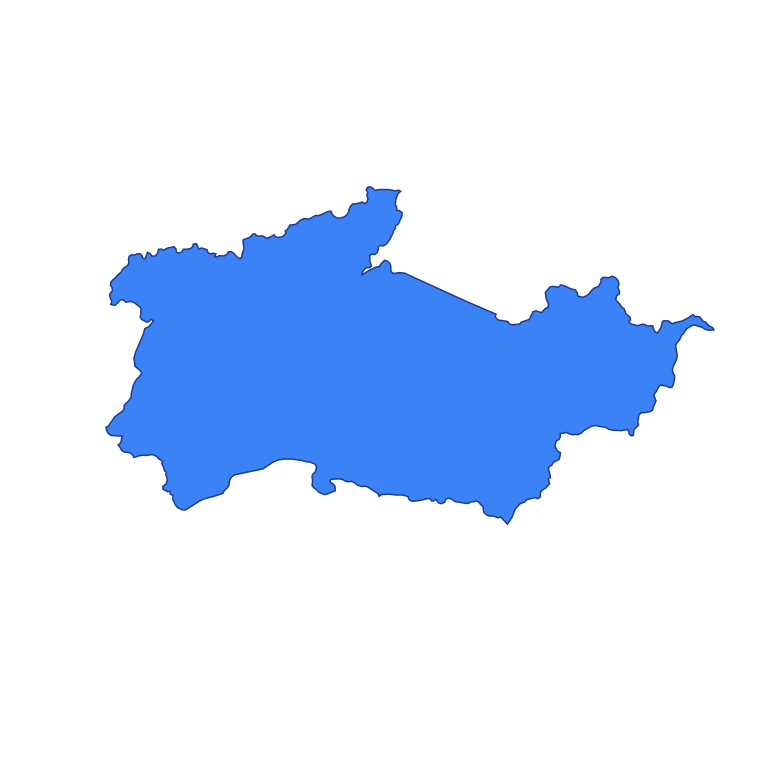 the district of Governador Valadares, Minas Gerais, Brazil, rotated 20°
{"feature_id": "56859067B87611191748041", "entity_name": "Governador Valadares", "entity_type": "district", "adm_level": 2, "iso_a3": "BRA", "parent_name": "Brazil", "parent_adm1": "Minas Gerais", "projection": "orthographic", "projection_center": [-41.948, -18.795], "detail": "fine", "context": "isolated", "style": "filled", "palette": "blue", "viewbox_px": 768, "rotation_deg": 20, "n_neighbors": 0, "source": "geoboundaries", "source_scale": "gbopen_adm2", "svg_char_len": 6159}
<svg xmlns="http://www.w3.org/2000/svg" viewBox="0 0 768 768"><g transform="rotate(20 384 384)"><path d="M184.8,532.6L190.2,529.6L195.5,529.7L197.6,531.3L202.3,532.3L202.3,534.7L204.8,537.0L207.4,540.5L209.6,541.5L209.9,543.9L211.9,545.9L213.2,548.6L213.4,552.6L211.2,555.5L212.2,558.5L217.6,559.2L219.6,557.9L220.9,560.6L223.9,560.8L225.0,564.6L229.1,568.7L232.2,570.7L237.6,571.2L240.6,570.2L251.0,556.7L254.3,553.4L263.5,547.1L269.9,541.9L270.4,538.8L272.0,535.9L272.9,532.6L271.8,526.5L272.7,523.3L274.9,520.3L299.5,505.0L306.3,495.5L310.9,491.3L316.1,488.5L322.6,486.2L332.1,484.1L338.0,483.6L340.6,482.7L346.7,482.9L349.1,485.2L349.5,490.3L347.7,493.5L348.3,496.4L349.7,498.6L351.2,504.1L353.9,505.7L356.8,506.4L359.8,508.0L365.7,508.4L368.1,506.9L374.7,501.0L372.7,496.5L369.9,495.2L367.1,495.0L366.3,492.4L368.1,491.0L375.1,488.2L378.5,488.0L381.5,488.4L384.2,488.0L386.8,486.6L389.9,486.8L393.5,488.2L398.6,487.9L400.7,486.5L403.2,486.2L415.8,489.0L417.8,491.3L419.6,488.6L426.7,485.7L432.6,484.4L439.6,481.9L445.0,481.6L446.5,483.5L448.4,484.5L451.3,484.4L457.7,481.1L464.0,476.9L466.7,476.0L468.5,477.6L470.5,477.2L472.0,474.6L476.0,477.1L478.9,476.8L481.6,474.3L481.3,471.5L483.7,469.1L487.2,469.1L490.9,470.2L502.6,468.0L504.5,466.9L506.2,464.8L508.6,464.0L510.4,462.5L513.5,462.5L516.1,464.3L518.8,465.3L521.5,470.3L524.4,471.7L527.2,472.2L533.6,470.5L536.7,470.8L539.3,469.2L547.9,473.4L549.9,465.3L550.1,456.5L552.8,450.0L556.7,446.7L557.5,444.0L564.7,439.1L567.7,439.2L569.4,437.0L568.1,431.5L569.5,428.8L571.5,426.5L573.7,421.0L570.8,416.9L572.4,415.0L571.1,412.4L567.9,408.1L567.2,405.6L569.4,403.1L569.8,399.9L574.4,394.8L574.1,392.0L573.3,388.1L570.1,387.7L565.7,383.7L565.4,378.2L567.4,376.4L567.7,373.3L566.5,370.2L569.6,368.9L572.1,367.0L575.1,367.5L578.9,367.1L581.0,365.9L583.8,365.2L586.4,362.3L587.7,359.4L592.3,354.0L593.9,352.3L596.4,350.9L607.1,348.9L610.5,349.7L615.1,349.1L623.3,346.5L627.8,343.7L630.1,344.4L631.3,347.0L633.7,348.1L635.9,347.2L634.4,340.6L636.1,338.3L637.2,335.5L635.4,332.9L634.1,325.5L635.7,322.9L638.9,321.7L643.6,318.9L645.4,316.7L645.0,313.6L645.4,306.9L641.7,302.7L641.7,300.2L642.5,297.9L643.0,292.8L644.1,290.5L650.2,289.3L652.5,289.7L655.6,288.9L656.1,286.0L655.4,280.5L654.4,277.0L651.1,273.9L650.0,271.3L649.8,269.1L650.5,260.2L649.7,256.9L644.7,247.7L645.4,244.4L646.6,241.7L646.9,236.2L648.2,234.2L649.5,228.6L653.6,223.5L656.4,222.2L663.8,222.0L667.0,222.8L670.4,222.5L675.5,220.4L673.7,218.7L669.4,218.2L665.4,215.9L662.1,215.8L658.1,213.1L655.9,213.2L653.0,214.3L650.5,213.1L647.7,217.2L642.8,222.7L636.6,226.7L634.3,228.7L632.0,228.4L630.1,227.4L625.1,228.9L624.2,231.1L624.9,233.9L624.8,236.9L623.5,242.6L621.0,242.4L618.8,240.4L616.6,237.4L611.5,239.4L608.8,238.9L606.5,239.4L602.7,242.3L595.5,243.2L592.9,242.0L593.7,239.5L592.3,237.1L587.6,235.4L584.1,231.4L581.3,230.5L578.2,228.3L572.9,225.5L572.4,221.6L574.4,218.9L573.7,216.6L570.5,212.9L570.8,210.7L570.0,208.6L567.7,206.1L564.8,204.8L561.4,204.7L559.1,207.2L553.2,208.9L552.0,211.8L553.1,213.7L552.1,219.1L548.6,222.1L547.0,225.0L546.2,228.4L544.1,231.9L541.0,234.6L535.9,235.0L534.5,232.3L531.7,230.3L526.4,230.6L519.1,230.1L516.3,230.4L514.6,233.5L508.9,234.6L506.7,236.3L504.3,242.9L507.3,248.4L511.6,253.1L511.6,256.1L509.8,258.0L508.5,260.5L507.9,263.0L501.9,263.3L499.3,265.1L498.4,273.7L491.7,279.0L491.0,281.3L484.2,284.5L481.6,284.7L478.7,283.0L469.2,284.8L465.3,282.8L465.5,280.1L431.3,278.1L365.0,272.8L359.7,274.4L354.9,277.0L352.1,275.8L349.7,270.3L347.9,268.4L344.9,267.4L342.3,267.5L340.0,272.2L339.4,275.4L336.6,276.7L331.5,281.9L326.1,288.7L325.5,286.3L326.5,282.6L328.2,280.3L331.0,279.4L331.8,277.4L328.6,273.3L327.8,270.6L326.4,268.1L328.2,266.1L331.1,265.5L332.7,262.8L332.6,259.4L331.9,256.7L333.4,254.9L335.8,254.7L337.6,252.8L339.0,250.0L340.0,246.4L340.8,239.8L340.5,236.9L341.3,234.1L341.0,231.2L342.8,228.7L343.4,219.9L342.5,217.0L339.6,215.8L336.5,216.2L335.1,212.9L333.2,211.6L332.0,206.4L332.0,201.6L332.4,199.3L333.8,197.3L331.5,196.8L328.9,198.6L321.5,199.8L314.3,202.4L309.0,205.2L306.0,203.6L303.2,203.5L301.1,205.0L300.9,207.5L303.3,209.4L303.2,212.3L305.7,215.6L305.6,219.1L304.4,221.0L301.5,220.4L295.9,224.4L293.1,225.3L291.8,228.0L291.3,231.0L291.9,234.3L291.2,237.6L289.6,240.4L285.9,243.2L283.2,244.0L280.2,243.7L277.5,242.4L274.9,239.7L271.8,241.5L266.4,247.0L264.5,248.4L262.0,249.1L257.0,254.8L252.2,255.8L249.5,258.6L246.3,264.3L241.4,266.7L240.3,271.9L238.8,273.9L240.4,276.1L238.2,280.4L233.8,282.7L231.5,282.7L229.8,281.3L225.9,285.7L224.0,287.2L220.7,286.4L217.8,286.8L216.0,288.0L213.8,288.1L211.4,287.1L209.3,288.1L208.6,290.5L207.2,292.5L202.4,296.6L203.2,299.2L206.2,304.6L206.2,310.4L206.9,313.1L205.7,315.6L203.3,315.2L198.2,312.6L195.6,311.9L192.6,313.0L192.2,315.5L189.9,318.3L185.1,320.0L183.6,321.8L181.3,322.3L181.7,319.3L179.1,319.4L176.2,321.1L173.6,320.7L171.8,318.3L166.0,318.6L163.4,320.6L161.9,318.2L159.5,316.3L156.9,317.9L157.3,320.4L155.8,322.8L153.5,324.4L149.5,325.9L148.9,329.0L146.6,331.0L144.0,331.3L142.4,328.3L139.8,326.8L134.5,330.0L131.1,333.6L128.6,333.4L126.0,334.6L126.6,339.0L124.9,342.2L122.2,343.1L119.7,341.5L116.7,341.2L116.7,348.1L114.3,348.2L112.4,345.9L110.3,345.0L107.3,346.3L105.8,348.0L103.0,348.7L100.8,351.0L101.3,354.5L102.9,357.3L102.5,360.6L100.4,363.1L99.1,365.7L98.9,368.2L96.3,373.1L95.1,376.4L93.5,378.9L92.5,382.1L93.2,384.9L95.6,386.4L96.8,389.1L95.5,393.9L97.4,396.8L100.0,399.5L100.0,402.8L104.3,402.1L106.1,398.7L107.1,395.7L109.8,394.0L113.5,395.4L116.7,393.5L119.3,392.8L122.1,393.2L128.0,395.0L130.3,396.5L130.6,399.0L131.7,401.3L131.9,404.3L134.2,406.2L139.9,407.0L141.8,405.8L142.8,402.8L145.8,403.5L143.7,410.0L140.3,413.7L140.8,419.7L139.7,439.2L140.2,445.3L144.1,452.6L150.4,454.8L152.8,456.8L151.2,461.9L149.7,464.6L148.8,470.5L149.9,479.9L150.9,482.6L149.6,488.2L148.3,489.9L147.2,492.9L148.1,495.9L147.7,498.6L142.1,507.1L139.3,518.2L137.5,519.7L139.1,522.4L141.5,524.5L144.9,525.7L156.2,522.5L156.0,524.9L156.6,527.5L156.3,530.1L155.1,532.4L157.8,533.9L160.4,536.3L163.2,536.8L168.3,535.5L172.1,536.5L174.1,538.7L178.1,535.4L182.4,533.1L184.8,532.6Z" fill="#3b82f6" stroke="#1e3a8a" stroke-width="1.5"/></g></svg>